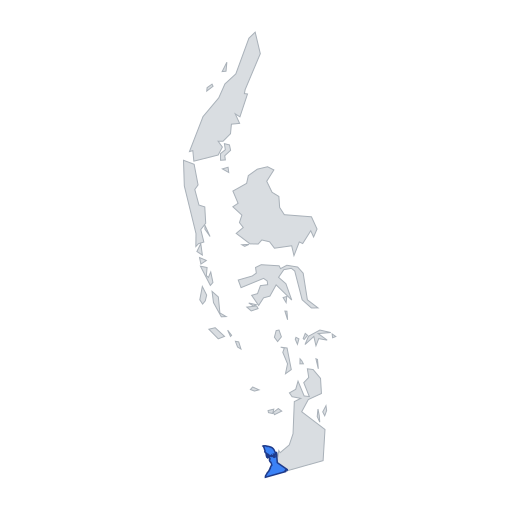 location of Merauke, Papua, Indonesia, rotated 74°
{"feature_id": "22746128B65756496772256", "entity_name": "Merauke", "entity_type": "district", "adm_level": 2, "iso_a3": "IDN", "parent_name": "Indonesia", "parent_adm1": "Papua", "projection": "albers", "projection_center": [139.088, -7.869], "detail": "fine", "context": "in_parent", "style": "filled", "palette": "blue", "viewbox_px": 512, "rotation_deg": 74, "n_neighbors": 0, "source": "geoboundaries", "source_scale": "gbopen_adm2", "svg_char_len": 7777}
<svg xmlns="http://www.w3.org/2000/svg" viewBox="0 0 512 512"><g transform="rotate(74 256 256)"><path d="M178.2,215.1L187.1,225.1L199.2,223.0L205.1,217.6L215.9,219.9L224.1,217.4L233.6,191.9L246.9,189.9L253.6,195.4L246.8,196.4L256.9,207.7L254.4,210.5L266.1,219.4L256.0,218.9L253.6,236.1L246.1,239.0L242.2,246.0L245.1,250.6L242.7,258.4L228.8,268.8L225.1,260.4L219.3,262.7L212.8,258.3L202.3,264.7L200.4,258.7L187.2,260.3L183.6,245.0L176.6,241.2L172.9,230.8L173.4,220.3L178.2,215.1ZM40.6,195.1L62.7,196.1L93.1,220.6L96.7,222.4L97.9,219.5L117.8,233.1L113.6,236.8L124.0,235.2L122.5,243.3L131.4,246.8L136.6,256.1L135.2,260.8L142.0,258.3L148.5,264.5L147.7,289.6L137.3,287.7L137.3,291.2L107.4,268.5L93.7,248.2L82.0,238.4L75.4,225.2L44.7,202.8L40.6,195.1ZM471.2,247.9L470.9,307.9L462.1,299.4L463.1,296.8L451.9,299.7L453.7,293.7L450.6,290.6L451.7,290.2L453.5,290.4L454.5,290.1L449.3,287.7L451.7,287.0L446.8,276.1L437.1,269.4L406.5,259.3L405.2,252.2L401.2,260.1L396.8,261.6L395.1,254.6L387.9,250.1L403.8,248.3L405.8,243.5L390.9,245.0L387.3,238.8L378.6,237.7L380.9,232.4L391.4,227.7L406.2,231.0L408.4,245.3L418.3,255.0L441.8,237.5L471.2,247.9ZM321.2,217.1L310.8,223.7L281.1,222.9L277.6,225.4L276.8,233.0L282.7,240.2L290.9,234.9L308.2,233.8L289.3,244.6L298.4,253.7L298.3,260.3L304.3,267.1L292.6,271.0L292.6,264.9L285.7,259.9L286.8,252.7L283.1,252.1L279.6,254.9L282.3,279.1L274.2,279.7L274.2,265.1L272.5,260.4L266.9,259.6L265.8,253.4L271.8,236.5L274.9,235.9L273.4,228.9L278.1,219.0L285.5,215.4L312.3,218.7L323.0,210.7L321.2,217.1ZM150.8,290.2L171.7,292.1L175.2,296.5L191.3,296.8L194.7,291.7L210.6,295.3L215.4,301.8L228.2,302.3L228.3,307.9L230.3,311.2L217.9,307.5L168.9,305.6L144.0,299.3L150.8,290.2ZM347.7,217.6L356.5,210.8L352.7,218.5L358.8,223.1L349.3,222.6L354.6,233.3L347.6,227.6L344.8,215.0L350.2,205.2L347.7,217.6ZM353.0,251.5L374.9,253.4L377.3,260.1L368.3,255.4L356.0,256.8L352.4,254.2L350.4,257.4L353.0,251.5ZM304.9,306.1L289.1,309.7L277.9,308.0L285.0,303.5L300.8,306.4L306.0,301.4L304.9,306.1ZM258.9,303.9L269.6,304.7L271.7,308.0L250.5,312.2L253.6,306.2L261.1,309.1L263.5,307.7L258.9,303.9ZM324.6,308.4L325.2,315.1L313.4,321.5L313.7,315.0L324.6,308.4ZM147.4,251.3L151.0,258.4L155.2,259.0L154.2,263.7L147.8,261.9L145.4,256.2L139.3,255.4L141.9,250.9L147.4,251.3ZM448.7,300.1L440.6,301.1L444.5,293.5L450.8,291.9L452.8,294.7L448.7,300.1ZM280.0,314.2L285.1,317.1L287.5,320.6L282.6,322.1L270.5,316.0L280.0,314.2ZM340.7,253.9L344.2,258.8L339.2,260.7L333.3,257.2L333.5,254.3L340.7,253.9ZM228.9,305.7L240.3,307.3L235.4,311.6L228.9,305.7ZM246.6,305.0L248.6,311.2L241.9,310.7L246.6,305.0ZM168.2,259.2L163.0,264.3L163.0,258.4L168.2,259.2ZM412.2,274.0L413.6,282.0L411.1,282.4L408.8,276.6L412.2,274.0ZM224.6,294.8L216.1,297.7L212.4,296.6L224.6,294.8ZM307.1,268.5L307.5,275.7L302.6,278.9L304.2,269.2L307.1,268.5ZM61.7,230.6L70.1,233.9L69.4,237.7L61.7,230.6ZM83.9,257.9L80.7,256.6L78.7,250.9L81.0,250.5L83.9,257.9ZM382.8,298.2L381.0,295.3L385.5,290.0L385.4,294.7L382.8,298.2ZM372.4,225.4L381.6,227.2L371.3,226.7L372.4,225.4ZM317.6,241.5L326.0,243.2L316.9,243.4L317.6,241.5ZM303.4,272.2L299.2,275.9L302.8,269.3L303.4,272.2ZM419.2,230.0L424.0,230.7L428.5,234.0L424.2,234.8L419.2,230.0ZM341.3,296.1L338.4,298.8L332.3,299.3L333.8,296.3L341.3,296.1ZM412.0,283.4L410.0,287.2L407.9,287.0L408.1,281.1L412.0,283.4ZM352.3,240.5L346.8,241.2L345.2,240.0L347.5,237.6L352.3,240.5ZM420.2,238.6L426.9,239.2L433.3,240.5L427.2,241.4L420.2,238.6ZM303.4,237.6L309.1,239.9L303.4,241.4L303.4,237.6ZM355.7,204.9L351.9,204.3L355.4,201.5L355.7,204.9ZM319.5,303.7L325.5,301.3L326.3,302.7L319.5,303.7ZM372.7,240.2L371.8,243.5L367.0,242.0L369.3,240.9L372.7,240.2ZM243.6,264.2L241.3,266.5L242.9,259.5L243.6,264.2ZM346.5,228.3L349.5,232.7L348.4,233.4L344.0,230.0L346.5,228.3Z" fill="#d9dde1" stroke="#a8b0b8" stroke-width="1"/><path d="M469.9,284.8L460.5,292.5L449.9,290.3L450.8,290.7L451.2,291.1L451.4,291.1L451.5,291.0L451.4,291.1L451.7,291.3L452.1,291.7L452.6,293.1L453.2,293.1L453.7,293.2L453.8,293.0L453.7,293.2L453.9,293.6L454.1,293.4L454.1,293.2L454.3,293.2L454.2,293.0L454.2,292.9L454.3,293.1L454.5,293.0L454.5,292.8L454.6,292.7L454.8,292.6L454.7,292.7L454.9,292.7L454.5,292.8L454.5,293.0L454.4,293.1L454.1,293.3L454.1,293.5L454.3,293.7L454.3,293.8L454.3,293.7L454.2,293.7L453.9,293.6L454.0,293.7L453.9,293.6L454.0,294.0L454.1,293.9L454.1,294.1L453.9,294.0L454.0,294.3L454.0,294.2L453.9,294.3L454.0,294.4L453.8,294.3L453.7,294.3L453.8,294.5L453.7,294.5L453.7,294.3L453.8,294.3L453.8,294.1L454.0,294.0L453.9,293.9L453.5,294.2L453.4,294.7L453.5,294.6L453.4,294.7L453.0,295.4L453.1,296.2L453.3,296.3L453.1,296.2L452.1,296.8L452.2,297.3L452.0,297.8L452.2,298.0L452.3,298.1L452.2,298.0L452.3,298.0L452.2,298.3L451.6,298.4L451.4,298.5L451.4,298.8L451.6,299.2L452.0,299.7L452.1,300.0L452.3,300.1L452.5,299.9L452.4,299.8L452.6,299.9L452.6,299.7L452.8,299.6L452.6,299.4L453.5,299.0L453.5,298.8L454.8,298.4L455.0,298.4L455.2,298.9L455.4,299.2L456.0,299.4L457.1,299.3L458.2,298.9L458.2,298.7L459.4,298.4L461.5,298.5L461.8,299.1L462.2,299.6L463.6,300.7L464.1,300.8L464.1,301.0L464.4,301.3L465.3,301.9L465.6,302.4L466.6,303.2L466.9,303.9L467.5,304.9L469.0,306.3L469.6,307.1L470.2,307.6L471.3,307.9L471.4,287.3L471.2,287.3L471.1,287.5L470.9,287.3L470.8,287.5L470.7,287.3L470.8,287.0L470.7,287.2L470.3,286.9L470.5,286.6L470.4,286.6L470.2,286.6L470.0,286.4L470.3,286.1L469.8,285.7L469.8,285.4L470.0,285.4L470.0,285.2L469.9,285.0L470.1,284.9L469.9,284.8ZM449.9,291.7L447.3,292.1L446.4,292.4L445.1,293.1L444.1,294.0L443.6,294.6L443.5,295.1L443.1,295.4L442.6,296.2L441.9,297.6L442.1,297.9L441.6,298.2L441.1,299.1L440.5,301.4L440.6,301.7L441.0,301.4L442.5,301.1L442.8,301.1L444.5,301.1L445.8,301.0L446.2,301.2L446.3,301.4L447.1,301.4L447.8,301.1L448.3,300.7L448.4,300.4L448.7,300.4L449.4,299.8L450.0,298.9L449.9,298.5L450.0,298.9L450.3,298.9L450.5,299.0L450.7,298.9L451.1,298.8L451.2,298.4L451.4,298.2L452.1,298.2L451.9,297.9L451.9,297.7L451.7,297.7L451.8,297.7L452.0,297.5L451.9,296.9L451.7,296.9L451.9,296.9L452.0,296.6L451.9,296.6L451.7,296.6L451.8,296.6L452.0,296.6L451.9,296.4L452.1,296.5L452.4,296.3L452.9,296.2L452.8,295.3L452.9,295.0L452.8,294.9L452.8,295.0L452.7,295.0L452.8,294.9L452.8,295.0L452.9,294.9L453.0,295.0L453.1,294.8L453.3,294.1L453.7,293.6L453.1,293.5L452.8,293.5L452.1,293.3L452.0,293.2L452.0,293.4L452.0,293.5L452.0,293.4L452.0,293.5L451.9,293.4L451.8,293.5L451.7,293.5L451.8,293.5L451.7,293.5L451.8,293.4L452.0,293.4L452.0,293.2L451.8,292.8L451.7,292.3L450.9,291.8L449.9,291.7ZM451.2,298.9L450.8,298.9L450.7,299.0L450.8,299.0L450.7,299.0L450.0,299.1L449.8,299.7L449.1,300.2L449.1,300.3L449.0,300.5L448.8,300.6L448.9,300.8L450.4,301.1L451.1,301.0L451.4,301.1L451.5,301.0L451.5,300.9L451.5,300.7L451.4,300.3L451.6,300.4L451.6,300.2L451.5,299.9L451.5,299.5L451.4,299.5L451.5,299.5L451.5,299.4L451.3,298.9L451.2,299.0L451.2,298.9ZM452.1,300.3L451.7,300.2L451.6,300.3L451.6,300.5L451.6,300.8L451.5,301.0L451.4,301.1L451.1,301.1L451.7,301.1L452.1,301.0L452.1,300.3ZM452.9,299.7L452.6,299.7L452.6,299.9L452.4,300.0L452.5,300.0L452.4,300.0L452.2,300.1L452.3,300.3L452.5,300.3L452.4,300.2L452.5,300.1L452.5,300.3L452.7,300.2L452.8,300.0L452.9,299.7ZM452.8,300.2L452.5,300.3L452.3,300.4L452.7,300.6L452.9,300.3L452.8,300.2ZM451.5,299.9L451.9,300.0L451.9,299.7L451.5,299.4L451.5,299.9ZM452.6,300.8L452.2,300.5L452.2,300.9L452.5,301.0L452.6,300.8ZM451.9,300.0L451.6,300.0L451.9,300.2L452.0,300.1L451.9,300.0ZM449.1,300.3L448.9,300.3L448.8,300.5L449.0,300.4L449.1,300.3ZM452.7,300.6L452.3,300.4L452.3,300.5L452.5,300.7L452.7,300.6ZM452.9,300.2L452.7,300.1L452.9,300.2ZM450.3,299.1L450.2,299.0L450.3,299.1ZM452.1,296.6L452.3,296.5L452.2,296.5L452.1,296.6ZM449.7,299.6L449.8,299.6L449.7,299.6ZM451.5,300.0L451.5,299.9L451.5,300.0ZM450.6,299.0L450.7,298.9L450.6,299.0Z" fill="#3b82f6" stroke="#1e3a8a" stroke-width="1.5"/></g></svg>